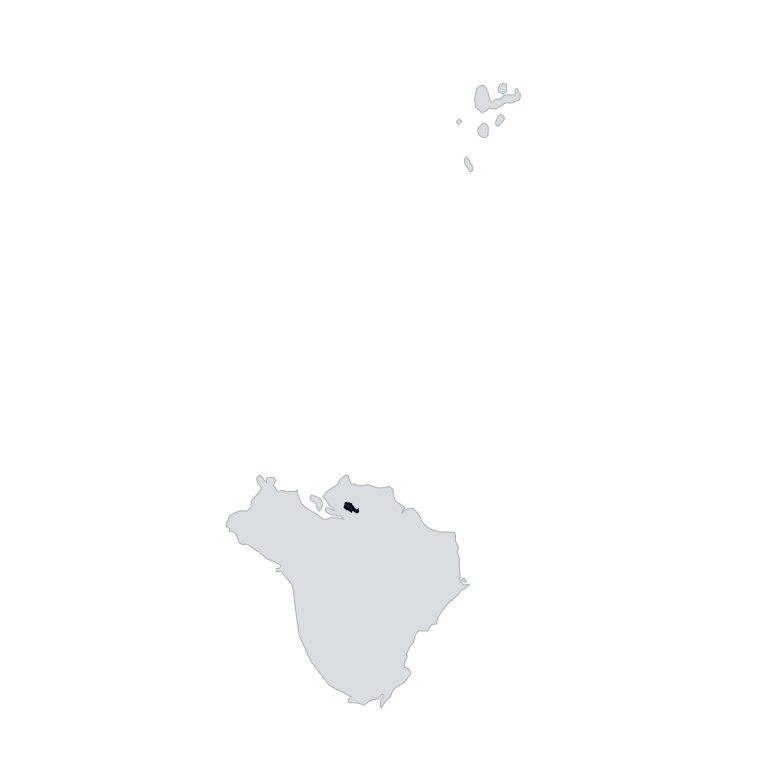 location of Isidro Ayora, Guayas, Ecuador, rotated 102°
{"feature_id": "8360857B10119074569782", "entity_name": "Isidro Ayora", "entity_type": "district", "adm_level": 2, "iso_a3": "ECU", "parent_name": "Ecuador", "parent_adm1": "Guayas", "projection": "mercator", "projection_center": [-80.16, -1.923], "detail": "fine", "context": "in_parent", "style": "filled", "palette": "ink", "viewbox_px": 768, "rotation_deg": 102, "n_neighbors": 0, "source": "geoboundaries", "source_scale": "gbopen_adm2", "svg_char_len": 6051}
<svg xmlns="http://www.w3.org/2000/svg" viewBox="0 0 768 768"><g transform="rotate(102 384 384)"><path d="M701.5,319.3L699.3,320.7L694.0,321.3L689.8,319.9L688.2,319.9L688.0,321.3L693.4,324.8L696.0,331.1L699.9,334.9L702.3,336.8L702.4,338.1L701.7,340.6L701.5,342.7L702.8,352.2L701.9,352.8L699.0,352.8L696.7,351.1L690.3,374.7L670.2,398.1L647.3,414.8L620.8,424.4L601.3,431.1L598.3,433.7L588.8,445.5L588.3,446.6L589.7,448.7L589.7,449.9L588.3,450.7L587.1,450.9L586.6,450.2L586.2,448.8L584.9,447.4L583.4,447.0L582.5,447.3L582.4,448.6L580.4,455.0L580.4,458.1L579.5,459.3L579.6,462.1L577.6,464.7L576.1,468.9L574.5,470.3L572.5,476.9L569.5,483.5L569.3,485.7L570.2,487.3L570.5,488.6L569.2,492.7L562.4,496.7L560.6,498.6L559.9,500.8L560.4,502.7L560.2,504.2L558.0,504.8L555.7,508.6L554.1,509.4L549.8,508.1L546.6,508.1L544.2,507.0L539.3,500.6L537.5,496.9L537.0,491.8L532.2,488.5L526.1,489.3L524.2,488.2L519.6,486.0L515.7,483.5L512.7,482.3L510.5,482.9L506.8,487.0L503.3,488.8L501.7,488.8L499.6,487.5L499.2,486.1L504.5,478.9L500.5,478.8L499.2,477.2L499.0,475.4L498.3,473.5L499.1,471.2L501.2,469.9L504.3,470.9L506.4,471.0L507.8,468.8L510.6,467.1L511.2,466.0L509.7,462.5L509.3,460.6L509.7,459.5L509.6,455.7L508.7,454.3L508.6,452.2L507.9,451.0L507.5,448.4L505.6,446.9L512.0,444.5L514.3,442.5L517.1,440.7L519.6,438.0L521.2,435.3L525.1,423.2L528.7,415.5L528.1,411.8L525.1,406.8L524.4,399.5L524.7,397.2L524.3,395.5L522.3,398.6L522.8,409.4L521.1,414.3L518.6,415.4L517.0,414.6L517.9,406.7L516.1,408.1L513.2,413.5L508.5,417.5L508.2,418.8L507.1,420.4L503.5,418.9L500.7,417.3L491.6,408.4L485.6,406.5L481.9,403.4L481.2,402.1L480.7,400.3L484.4,398.4L488.2,395.9L488.6,390.4L488.5,386.0L485.7,378.6L487.0,369.0L486.3,365.2L483.1,357.1L485.5,353.1L493.9,350.1L496.6,348.1L498.5,341.8L500.5,337.9L504.2,339.5L507.2,339.3L503.2,337.9L500.0,332.1L499.4,329.5L505.7,321.6L509.0,319.6L513.0,315.4L516.4,309.1L517.2,299.2L515.8,292.2L514.7,284.7L516.8,282.7L521.9,281.7L526.1,279.3L528.2,277.1L533.2,277.4L539.0,274.0L548.1,272.2L560.9,268.3L563.8,264.8L562.5,258.6L567.3,262.4L569.4,265.3L576.0,268.6L583.8,274.5L588.9,277.5L594.5,280.2L602.5,283.1L607.5,282.6L609.6,287.0L611.4,288.4L616.1,289.9L616.6,290.4L618.3,298.7L619.4,299.9L623.4,301.2L628.3,301.7L630.3,301.4L634.7,303.7L641.4,305.5L643.8,305.8L644.9,305.4L645.3,304.6L647.3,304.8L650.2,305.8L654.4,306.0L657.0,305.0L657.6,300.4L658.6,299.4L661.6,297.7L663.1,298.1L671.0,301.7L672.6,303.0L674.6,305.5L678.3,309.3L682.3,311.7L688.5,312.7L694.5,316.7L701.5,319.3ZM80.0,314.2L82.4,316.7L83.8,323.8L91.6,331.4L92.5,335.6L91.8,337.5L92.2,338.3L96.0,341.3L98.4,344.4L94.3,351.7L85.5,354.8L76.2,354.7L74.3,353.9L71.8,351.1L71.4,348.6L72.8,346.3L77.6,342.6L85.0,339.4L85.9,336.9L83.0,334.5L80.9,329.7L76.3,326.3L73.9,316.1L72.4,315.6L69.2,317.0L67.7,315.7L67.4,315.1L70.8,312.8L71.5,311.1L76.6,310.3L78.7,311.6L80.0,314.2ZM116.5,345.2L114.4,345.2L108.4,341.5L108.8,337.8L111.2,335.3L119.0,334.0L122.3,336.4L122.0,340.8L119.3,344.0L117.2,344.6L116.5,345.2ZM513.1,430.8L512.3,432.3L508.6,432.2L507.6,431.7L508.5,424.5L509.5,422.2L512.5,420.0L515.0,418.9L518.3,419.1L521.7,421.2L517.7,424.8L514.5,425.8L513.1,430.8ZM74.1,333.1L70.2,333.8L66.9,332.4L65.5,330.4L65.2,327.3L65.5,326.2L72.7,325.1L75.1,327.7L75.1,331.5L74.1,333.1ZM152.1,350.6L147.5,352.2L144.9,350.7L144.7,349.7L147.2,347.3L149.7,346.0L151.9,343.2L156.0,341.6L157.2,342.0L158.0,342.6L158.3,343.5L156.9,345.7L154.4,347.3L152.1,350.6ZM107.2,328.2L105.4,329.3L98.0,328.0L95.8,325.7L97.6,322.6L99.1,321.4L103.5,322.6L108.0,326.0L107.2,328.2ZM113.0,367.3L111.4,367.3L109.3,365.7L110.9,362.6L114.0,364.2L114.7,365.4L113.0,367.3ZM560.6,266.5L558.4,266.8L557.4,264.9L560.0,262.7L560.9,262.3L560.6,266.5Z" fill="#d9dde1" stroke="#a8b0b8" stroke-width="1"/><path d="M514.3,394.9L514.4,394.7L514.5,394.5L514.4,394.1L514.3,393.8L514.2,393.7L513.8,393.7L513.7,393.7L513.8,393.1L513.9,392.8L513.9,392.7L514.0,392.8L514.2,392.7L514.3,392.6L514.5,392.5L514.6,392.3L514.6,392.1L514.7,391.8L514.8,391.6L514.9,391.3L515.1,391.1L515.2,390.9L515.3,390.8L515.3,390.7L515.4,390.4L515.8,389.3L515.7,389.3L515.4,389.3L515.2,389.4L515.0,389.2L514.9,389.2L514.7,389.2L514.4,388.9L514.2,388.9L513.8,388.9L513.7,388.7L513.7,388.4L513.6,388.0L513.4,388.1L513.4,387.8L513.4,387.7L513.5,387.6L513.8,387.6L513.8,387.4L513.8,387.2L514.0,387.2L514.3,386.9L514.5,386.5L514.6,386.4L514.6,386.2L514.8,386.0L514.9,385.8L514.8,385.7L514.7,385.6L514.6,385.4L514.7,385.0L514.8,384.9L515.1,384.7L515.3,384.4L515.2,384.3L515.2,384.2L515.3,383.8L515.3,383.7L515.2,383.5L515.2,383.4L514.9,383.3L514.7,383.3L514.7,383.2L514.5,382.9L514.4,382.9L514.4,382.7L514.2,382.6L513.9,382.7L513.7,382.8L513.3,382.9L513.2,383.0L512.8,383.0L512.7,383.1L512.6,383.3L512.3,383.5L512.2,383.5L512.3,383.6L512.5,383.7L512.6,383.8L512.7,384.0L512.8,384.1L513.0,384.1L513.1,384.3L513.1,384.5L513.1,384.8L513.3,384.9L513.5,384.8L513.5,385.1L513.0,386.1L512.5,386.5L512.5,386.4L512.4,386.4L512.3,386.5L512.5,386.6L512.6,386.8L512.3,387.1L512.4,387.3L512.4,387.5L512.3,387.8L512.2,387.8L512.1,387.7L511.9,387.8L511.9,387.7L511.7,387.7L511.6,387.8L511.5,388.0L511.4,388.0L511.4,387.9L511.2,388.0L510.9,388.1L510.8,388.3L510.8,388.5L510.7,388.5L510.5,388.8L510.4,388.9L510.3,389.0L510.2,389.1L510.2,389.3L510.0,389.5L509.9,389.6L509.8,389.8L509.7,390.0L509.4,390.1L509.4,390.3L509.2,390.5L509.0,390.8L508.9,390.8L508.1,391.0L508.1,391.3L508.0,391.5L508.1,391.8L508.1,392.0L508.2,392.3L508.3,392.5L508.2,392.5L508.2,392.8L508.1,393.0L508.2,393.3L508.1,393.5L508.3,393.7L508.3,393.8L508.2,393.8L508.3,393.9L508.3,394.0L508.2,394.0L508.3,394.0L508.2,394.2L508.2,394.3L508.1,394.5L508.1,394.8L508.1,395.0L508.1,395.3L508.0,395.5L507.9,395.7L507.9,395.8L507.9,396.0L507.9,396.3L508.0,396.4L508.0,396.5L508.2,396.8L508.3,396.8L508.7,397.0L509.1,397.0L509.5,397.0L510.0,396.9L510.4,396.9L510.6,396.9L510.8,396.9L511.4,397.0L511.7,397.0L512.1,397.1L512.3,397.0L512.5,397.2L512.6,397.3L512.8,397.2L513.1,396.8L513.3,396.5L513.4,396.3L513.4,396.0L513.5,395.7L513.7,395.3L514.1,395.1L514.3,394.9Z" fill="#0f172a" stroke="#020617" stroke-width="1.5"/></g></svg>